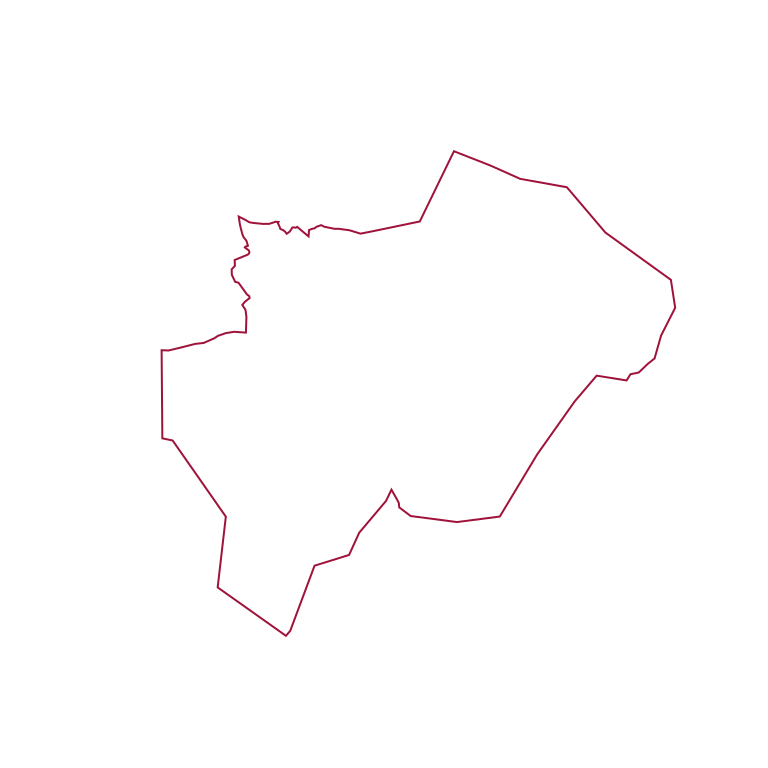 Boripe, Osun, Nigeria (orthographic projection), rotated 33°
{"feature_id": "59680162B47985033068277", "entity_name": "Boripe", "entity_type": "district", "adm_level": 2, "iso_a3": "NGA", "parent_name": "Nigeria", "parent_adm1": "Osun", "projection": "orthographic", "projection_center": [4.688, 7.896], "detail": "fine", "context": "isolated", "style": "outline", "palette": "rose", "viewbox_px": 768, "rotation_deg": 33, "n_neighbors": 0, "source": "geoboundaries", "source_scale": "gbopen_adm2", "svg_char_len": 1437}
<svg xmlns="http://www.w3.org/2000/svg" viewBox="0 0 768 768"><g transform="rotate(33 384 384)"><path d="M553.3,432.1L550.8,359.5L553.4,294.7L557.8,261.2L585.5,248.9L585.4,241.6L591.4,235.6L594.1,224.0L597.0,215.2L590.0,192.5L586.7,161.5L567.9,140.4L487.2,136.4L430.2,119.4L386.4,137.8L354.4,142.8L315.9,150.7L325.5,228.2L292.6,260.8L282.4,270.7L271.2,273.9L261.1,278.7L258.4,280.6L248.4,284.6L244.8,285.0L241.7,289.0L241.1,291.1L239.1,293.1L237.3,295.7L238.8,298.5L240.3,301.3L231.0,300.2L225.6,299.5L224.9,301.0L223.4,301.6L221.9,302.6L222.0,305.8L221.8,307.9L220.6,311.0L218.2,310.1L215.8,309.9L212.6,310.4L210.4,308.7L207.1,306.7L207.2,305.6L204.6,307.0L203.0,309.2L200.5,312.2L195.4,315.6L192.1,317.3L186.5,320.2L182.9,321.7L178.1,321.9L171.0,322.7L176.1,328.5L179.0,331.3L184.1,335.9L186.4,337.4L190.6,338.8L194.6,342.2L192.9,344.3L192.9,345.3L197.9,345.6L199.4,346.8L199.7,348.2L199.3,349.7L191.2,361.3L194.6,366.1L193.8,370.8L196.9,375.3L203.6,379.4L206.8,378.3L220.2,383.5L223.1,383.7L224.5,385.1L222.5,391.0L222.1,394.9L227.4,397.2L232.1,402.7L240.2,416.1L229.8,421.9L223.7,427.4L218.4,434.2L217.0,437.7L210.4,447.8L203.8,453.2L195.5,462.2L185.1,473.2L179.1,476.8L227.7,550.3L237.5,546.5L323.6,581.4L355.3,645.2L438.9,648.6L439.8,642.1L424.7,574.2L447.8,546.4L444.2,522.2L449.4,480.9L447.8,468.6L456.6,473.1L461.2,475.7L464.0,479.2L478.3,480.2L520.3,460.1L553.3,432.1Z" fill="none" stroke="#9f1239" stroke-width="2"/></g></svg>